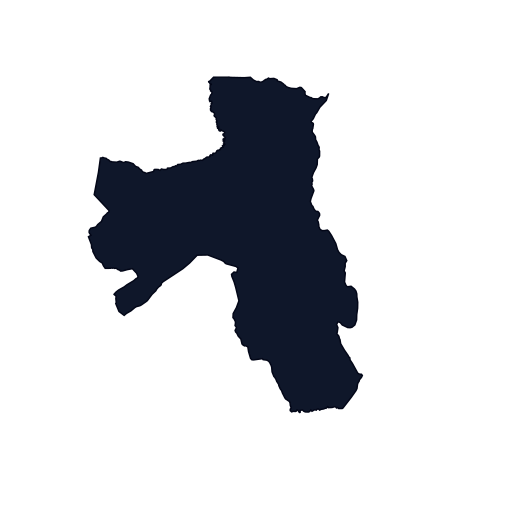 outline of General Güemes, Salta, Argentina, rotated 329°
{"feature_id": "61730980B57744536697119", "entity_name": "General Güemes", "entity_type": "district", "adm_level": 2, "iso_a3": "ARG", "parent_name": "Argentina", "parent_adm1": "Salta", "projection": "robinson", "projection_center": [-64.976, -24.808], "detail": "fine", "context": "isolated", "style": "filled", "palette": "ink", "viewbox_px": 512, "rotation_deg": 329, "n_neighbors": 0, "source": "geoboundaries", "source_scale": "gbopen_adm2", "svg_char_len": 6139}
<svg xmlns="http://www.w3.org/2000/svg" viewBox="0 0 512 512"><g transform="rotate(329 256 256)"><path d="M173.1,91.9L164.0,103.2L148.9,120.1L153.5,141.6L152.2,142.6L150.8,142.5L149.7,143.0L145.3,143.8L141.3,146.8L136.6,147.5L134.8,148.3L133.3,148.6L128.7,147.1L126.3,148.2L125.2,149.6L125.0,150.9L125.3,153.2L122.3,153.2L120.8,161.6L119.6,163.8L119.3,165.1L119.6,166.1L118.5,168.2L118.0,175.4L119.2,180.1L120.6,182.8L120.2,185.8L120.4,188.9L125.0,191.6L126.3,191.9L126.5,192.4L128.0,193.1L128.4,193.8L129.8,194.4L130.9,196.9L131.6,197.3L132.2,199.2L134.0,200.1L138.7,201.4L143.5,203.2L144.8,209.2L144.4,212.5L143.9,213.3L142.4,213.8L141.5,213.6L138.5,214.2L130.5,214.2L127.1,214.6L120.8,214.4L117.6,214.8L114.6,215.7L114.7,216.5L115.2,217.2L115.3,218.6L113.9,220.4L112.3,223.8L111.3,224.5L110.0,233.0L112.4,239.0L115.4,238.5L120.6,238.6L125.5,237.8L127.4,237.8L130.8,238.8L132.5,238.9L138.2,238.5L139.8,238.3L147.2,235.3L152.2,234.2L153.9,233.2L156.4,232.4L158.8,232.2L160.0,231.8L160.5,230.8L163.0,230.2L186.7,229.2L195.5,227.8L206.0,225.0L215.2,230.3L224.0,241.5L225.6,244.2L225.8,245.9L226.4,247.3L233.5,254.7L234.4,257.0L231.0,260.2L228.9,258.4L225.6,259.1L224.8,261.1L223.9,266.9L222.4,272.6L218.3,285.6L212.6,290.2L206.8,293.6L204.5,297.0L204.8,298.3L204.6,301.4L204.0,302.7L202.2,304.9L202.5,306.4L202.2,307.5L199.8,309.0L199.4,310.6L199.8,312.2L199.5,315.7L200.3,319.3L198.7,324.2L199.1,325.8L199.9,327.2L201.0,327.7L202.2,329.7L200.4,334.1L198.6,341.0L199.0,342.8L200.4,343.8L208.6,347.3L208.7,348.5L211.6,350.8L212.6,352.5L212.9,354.2L212.6,357.8L212.1,359.6L210.1,363.6L209.3,368.5L209.6,369.6L209.6,372.0L209.2,374.1L209.3,377.7L208.8,379.0L208.4,382.2L208.6,384.6L208.1,387.0L207.7,392.4L207.8,393.8L209.7,397.9L209.5,399.5L208.4,401.9L208.1,403.6L207.6,404.6L206.5,404.9L205.7,406.2L206.3,408.0L207.9,408.3L209.8,409.6L210.7,409.7L211.7,409.0L212.1,409.2L212.4,409.6L212.6,412.3L212.9,412.7L213.5,412.6L214.2,411.0L216.6,411.9L216.9,413.5L217.9,415.0L220.7,416.8L222.0,416.9L223.7,416.2L224.0,417.9L227.1,418.0L228.3,419.2L229.2,418.8L230.3,419.0L230.8,419.5L231.2,420.9L232.6,420.9L235.4,422.0L236.9,422.1L237.5,422.6L238.9,422.4L239.7,421.9L240.1,422.3L240.0,423.3L243.1,425.0L246.1,425.8L246.6,426.6L246.7,427.7L247.7,427.8L248.3,429.3L251.3,431.1L252.2,431.1L264.8,426.2L272.3,422.9L274.3,421.6L277.0,418.2L278.4,417.1L279.8,416.5L280.9,415.4L283.8,414.4L285.6,413.2L285.5,411.7L284.0,410.7L283.0,409.2L282.9,408.2L283.3,397.5L283.1,393.7L284.0,391.4L283.5,390.1L283.7,388.7L283.3,382.1L283.4,374.8L285.0,370.7L284.9,369.9L285.7,367.5L285.3,364.0L286.3,363.3L289.3,359.6L289.8,356.2L292.0,354.8L293.0,355.1L294.0,356.7L294.4,359.5L297.8,364.6L299.9,366.0L301.6,366.5L305.2,366.0L309.3,362.6L312.1,358.2L316.2,353.1L319.4,348.0L321.4,343.0L322.9,340.3L323.6,337.5L323.4,335.0L321.9,330.9L318.8,329.6L318.2,328.9L318.0,327.5L318.5,323.9L323.8,316.5L323.9,314.1L327.0,311.0L328.7,308.1L331.4,306.7L332.0,302.2L329.7,298.7L329.0,295.7L329.1,292.7L330.8,286.4L331.3,277.2L331.1,272.2L330.5,270.5L328.0,269.6L325.7,268.3L324.6,266.0L325.1,262.8L325.8,261.8L326.9,258.8L326.9,257.5L327.5,256.5L331.4,254.0L332.2,252.7L332.3,251.3L332.0,249.7L330.5,248.6L330.1,247.8L329.9,245.2L330.3,242.8L329.9,241.4L330.6,237.3L332.7,235.1L339.2,229.9L339.6,228.6L339.8,224.4L341.1,223.3L341.6,221.8L343.2,220.8L344.0,219.0L344.3,217.3L348.2,214.1L352.8,211.4L355.5,209.2L358.6,204.5L361.2,203.7L362.0,203.0L364.5,198.9L364.9,197.0L366.0,195.6L366.3,194.3L366.1,193.5L366.9,189.7L367.0,187.0L368.3,184.5L368.4,183.2L368.0,178.7L369.3,176.6L370.2,176.1L373.0,172.7L373.3,171.9L373.1,171.1L372.3,170.2L372.3,169.5L372.8,168.9L375.8,167.8L380.0,165.0L381.9,164.4L387.3,161.4L396.3,158.9L402.0,154.1L398.3,155.9L397.0,156.0L395.7,155.0L395.0,153.8L393.4,152.9L391.8,153.3L389.8,153.1L386.3,150.8L385.4,149.9L384.9,148.7L383.9,147.9L381.1,143.6L381.8,141.6L382.7,140.4L381.6,135.0L380.5,134.0L377.0,133.5L372.5,130.4L370.5,128.3L369.0,126.2L369.0,124.9L368.4,124.1L368.2,122.8L367.0,119.8L364.5,117.0L364.9,115.8L362.8,113.0L359.1,111.1L358.3,109.9L356.3,110.1L355.6,109.7L353.6,109.7L352.3,110.0L350.0,109.7L348.8,108.9L348.2,107.8L346.2,106.7L344.4,103.8L343.2,99.9L337.7,97.1L326.3,89.9L325.1,88.9L311.7,80.9L306.4,82.3L305.3,82.1L305.1,82.5L305.4,83.5L305.4,84.6L306.2,85.5L306.0,86.0L304.8,85.8L303.6,87.7L302.8,88.6L302.4,89.3L302.6,90.5L302.1,91.1L302.8,93.0L301.1,94.5L300.1,94.6L296.9,97.1L296.1,99.1L296.1,100.0L297.1,100.1L297.6,100.5L297.3,101.1L297.4,101.6L297.0,102.3L296.1,102.3L295.5,103.5L294.1,104.2L294.4,105.0L293.0,106.1L292.2,107.5L292.3,109.3L293.0,109.6L293.4,110.9L293.9,111.5L293.7,113.1L292.5,113.9L292.3,114.9L292.8,116.0L293.0,117.3L292.2,118.4L292.1,120.2L291.2,120.5L290.9,121.0L291.0,122.3L290.3,122.8L290.3,124.2L289.5,124.6L289.5,125.2L290.4,126.1L290.0,126.5L289.0,126.3L288.9,126.7L289.5,127.3L289.6,127.9L289.0,128.5L289.1,129.9L290.0,130.6L291.0,129.8L291.6,131.3L292.8,133.1L292.8,134.2L291.7,134.7L290.4,134.6L290.0,135.4L290.7,136.5L290.1,137.3L290.7,138.7L289.7,139.7L288.8,138.9L288.0,138.9L287.8,139.3L288.5,140.6L288.5,141.0L287.2,140.7L287.7,141.8L286.7,142.4L286.9,144.2L286.3,144.4L286.3,143.6L285.7,143.4L285.3,144.8L284.1,144.3L283.7,145.9L282.5,145.4L281.0,145.4L280.3,146.4L279.4,146.1L278.4,146.4L278.0,145.7L276.6,145.7L274.8,146.9L273.6,146.8L272.2,145.8L271.5,146.2L271.3,146.8L270.7,147.3L269.5,146.0L268.3,146.1L267.7,147.0L266.0,146.7L265.1,146.0L264.4,145.9L262.1,146.2L261.3,146.0L259.3,146.4L257.7,145.2L257.0,145.2L255.8,144.3L254.0,144.2L250.2,142.4L247.8,142.1L247.2,141.5L243.4,140.1L241.2,138.8L238.6,138.6L236.1,137.3L234.0,138.0L233.4,137.2L232.1,137.4L231.0,136.7L228.1,136.6L225.4,135.1L224.7,135.8L223.4,135.5L221.4,134.3L219.7,132.7L217.8,133.2L216.8,131.5L213.8,129.6L213.1,129.6L212.0,130.6L211.3,130.7L204.3,128.6L203.7,127.2L202.6,126.3L202.0,124.6L202.1,123.4L201.0,121.3L200.8,119.5L198.9,117.1L198.2,113.6L194.9,109.7L192.7,108.0L191.2,107.9L190.3,107.4L188.7,105.2L187.9,104.5L185.0,103.9L180.8,101.0L180.5,100.4L179.6,99.7L179.2,97.9L178.1,96.2L177.9,95.2L176.2,93.6L175.5,92.6L174.3,92.5L173.1,91.9Z" fill="#0f172a" stroke="#020617" stroke-width="1.5"/></g></svg>